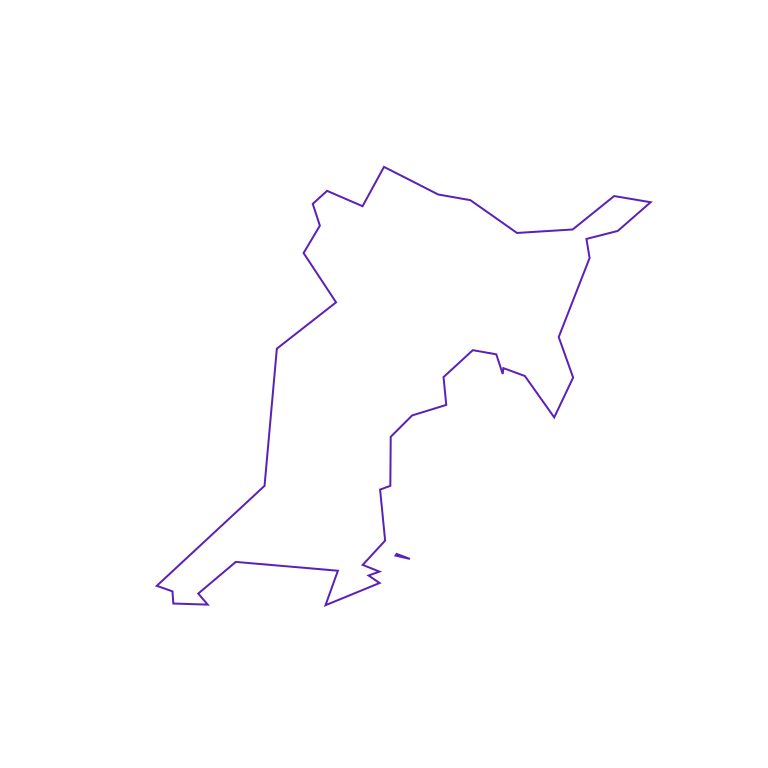 map outline of Atyrau (Albers equal-area conic projection), rotated 304°
{"feature_id": "KAZ-3198", "entity_name": "Atyrau", "entity_type": "Region", "adm_level": 1, "iso_a3": "KAZ", "parent_name": "Kazakhstan", "parent_adm1": "", "projection": "albers", "projection_center": [51.054, 47.461], "detail": "coarse", "context": "isolated", "style": "outline", "palette": "violet", "viewbox_px": 768, "rotation_deg": 304, "n_neighbors": 0, "source": "natural_earth", "source_scale": "10m", "svg_char_len": 764}
<svg xmlns="http://www.w3.org/2000/svg" viewBox="0 0 768 768"><g transform="rotate(304 384 384)"><path d="M102.5,361.2L84.2,332.1L93.8,324.6L89.6,308.5L232.8,341.9L353.4,275.4L424.9,298.6L447.6,244.1L479.4,242.3L493.5,224.2L512.3,228.8L519.4,266.8L564.0,262.6L571.4,322.9L584.7,352.8L583.6,409.8L617.6,454.0L668.5,469.7L683.8,503.4L641.6,492.2L617.5,470.7L603.4,484.0L520.6,502.6L495.1,537.2L451.5,543.8L469.4,496.3L463.9,474.1L458.7,476.8L471.4,460.5L461.7,438.7L423.0,429.5L401.5,447.3L373.7,424.9L344.0,419.1L303.1,446.2L294.3,439.8L254.8,472.5L222.1,467.5L225.9,485.1L216.6,478.3L216.5,491.6L167.9,459.2L203.4,450.2L153.6,360.6L106.4,347.2L102.5,361.2ZM250.2,489.5L253.5,503.3L248.2,489.5L250.2,489.5Z" fill="none" stroke="#5b21b6" stroke-width="2"/></g></svg>